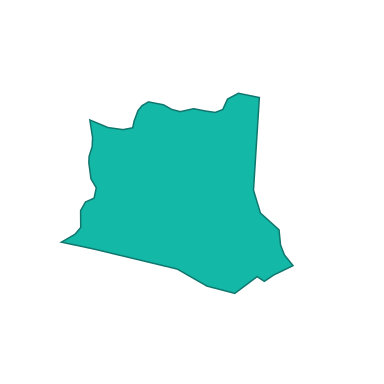 Paraná, Rio Grande do Norte, Brazil, rotated 125°
{"feature_id": "56859067B38345256604650", "entity_name": "Paraná", "entity_type": "district", "adm_level": 2, "iso_a3": "BRA", "parent_name": "Brazil", "parent_adm1": "Rio Grande do Norte", "projection": "robinson", "projection_center": [-38.287, -6.448], "detail": "fine", "context": "isolated", "style": "filled", "palette": "teal", "viewbox_px": 384, "rotation_deg": 125, "n_neighbors": 0, "source": "geoboundaries", "source_scale": "gbopen_adm2", "svg_char_len": 687}
<svg xmlns="http://www.w3.org/2000/svg" viewBox="0 0 384 384"><g transform="rotate(125 192 192)"><path d="M194.4,67.0L190.5,80.3L184.6,89.1L173.1,99.0L170.0,123.9L155.2,142.7L76.0,191.0L84.5,210.6L95.5,216.2L106.8,214.1L113.5,218.6L118.0,227.6L122.8,238.4L132.9,247.7L136.0,256.0L136.9,265.3L143.2,279.4L150.0,282.5L156.4,282.9L167.1,280.1L173.4,277.4L180.5,284.3L187.4,297.8L191.6,317.0L204.5,304.6L212.1,299.8L221.9,296.7L227.2,293.3L239.2,282.3L243.5,272.8L253.2,268.7L261.2,273.5L271.1,272.6L284.9,262.8L293.7,263.6L308.0,270.2L295.2,240.1L263.6,159.9L260.5,125.7L250.5,98.8L224.0,90.1L223.7,81.5L213.0,77.4L194.4,67.0Z" fill="#14b8a6" stroke="#0f766e" stroke-width="1.5"/></g></svg>